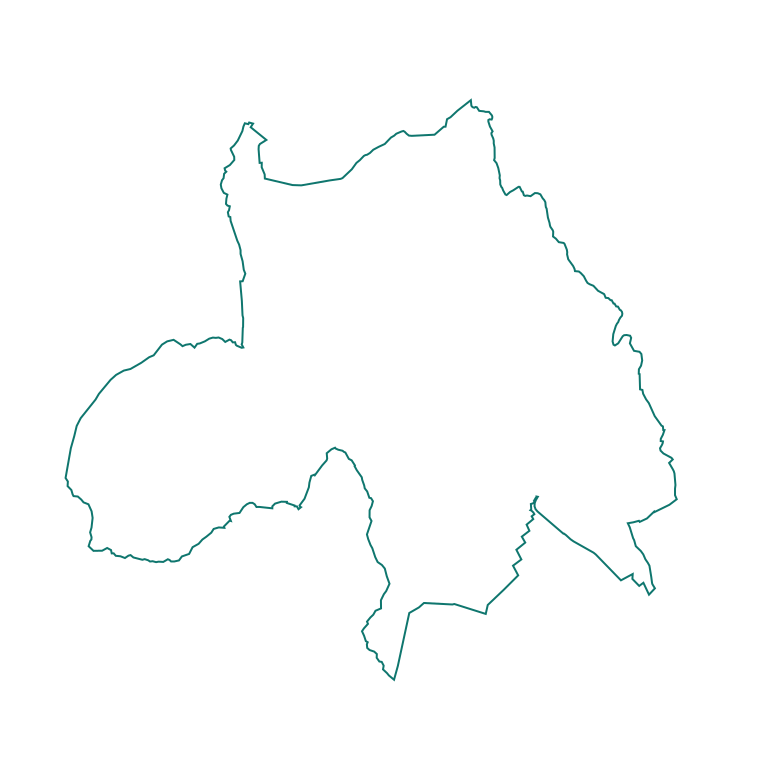 Chocamán, Veracruz, Mexico (Equal Earth projection), rotated 7°
{"feature_id": "50627088B3322370739552", "entity_name": "Chocamán", "entity_type": "district", "adm_level": 2, "iso_a3": "MEX", "parent_name": "Mexico", "parent_adm1": "Veracruz", "projection": "equal_earth", "projection_center": [-97.034, 19.0], "detail": "fine", "context": "isolated", "style": "outline", "palette": "teal", "viewbox_px": 768, "rotation_deg": 7, "n_neighbors": 0, "source": "geoboundaries", "source_scale": "gbopen_adm2", "svg_char_len": 6144}
<svg xmlns="http://www.w3.org/2000/svg" viewBox="0 0 768 768"><g transform="rotate(7 384 384)"><path d="M430.0,676.3L432.1,662.2L437.0,608.2L445.9,601.5L450.3,596.5L478.8,594.5L480.6,593.8L513.0,599.8L513.9,590.7L527.9,573.7L540.5,557.6L534.2,548.6L541.7,541.4L535.6,532.4L543.5,524.2L539.4,518.7L546.2,512.0L542.7,506.2L548.6,499.9L546.7,497.3L549.1,494.9L547.9,493.3L545.8,491.7L544.7,491.4L545.4,490.4L544.4,485.2L546.4,484.3L548.1,482.5L547.1,481.7L548.6,478.2L549.2,477.7L549.1,477.1L550.4,477.2L548.8,480.9L548.1,483.9L548.3,487.0L549.7,489.8L551.9,491.8L580.3,510.7L580.7,510.5L582.9,511.7L588.1,515.4L591.3,517.1L612.6,525.9L615.0,527.4L643.1,550.0L654.0,542.3L654.3,547.2L661.9,553.3L665.7,549.7L672.7,560.8L677.8,553.8L674.8,550.0L674.3,548.8L672.8,543.0L669.6,532.0L667.7,529.4L664.8,526.1L662.1,521.5L659.2,518.4L653.7,514.3L651.3,508.5L650.0,506.6L645.4,496.3L643.0,492.5L648.3,490.9L653.7,488.7L654.6,489.7L661.4,485.4L667.7,477.7L668.0,478.2L682.0,469.1L688.6,462.7L686.4,458.9L685.6,452.4L685.6,448.8L683.2,437.4L682.3,435.3L681.1,433.5L676.6,427.6L679.8,423.7L678.4,422.3L669.8,418.9L666.6,416.4L665.8,414.1L667.3,410.6L667.8,408.9L667.9,407.0L665.6,406.9L665.4,404.7L667.0,400.4L668.0,395.6L666.8,395.7L666.0,392.1L664.5,391.5L656.6,382.9L649.2,370.7L646.0,367.3L642.4,362.1L641.2,358.4L638.8,358.1L636.5,343.0L635.6,342.8L635.2,338.3L636.9,334.5L637.4,329.2L635.8,322.9L633.7,320.9L628.1,320.6L623.1,313.7L623.7,308.1L622.4,306.1L618.8,305.8L616.4,306.3L615.1,307.5L611.5,315.1L608.5,317.6L607.0,317.0L605.7,313.9L605.5,306.6L607.0,298.2L607.9,295.7L608.9,294.1L609.4,291.9L610.5,289.3L611.9,287.2L612.0,285.2L611.4,283.4L610.1,282.0L609.0,281.6L606.8,278.7L605.0,278.7L603.0,276.1L602.0,276.2L599.8,273.1L598.6,273.2L596.2,271.4L593.5,271.4L591.6,268.0L585.1,265.4L579.9,261.0L575.9,259.9L573.7,258.9L571.9,256.7L569.2,252.7L565.8,249.9L563.7,248.6L559.8,248.7L559.1,246.6L557.4,243.9L551.7,237.8L549.9,233.0L549.8,230.8L549.1,228.4L546.1,222.9L545.1,222.1L540.2,221.9L536.9,218.8L533.8,217.0L533.4,212.2L532.8,210.9L530.0,207.7L529.4,206.4L528.6,203.8L526.4,198.8L524.0,190.0L523.2,189.0L522.7,187.3L522.0,183.9L520.6,181.9L518.9,180.4L516.1,176.7L513.3,175.9L510.5,176.1L506.6,179.7L503.0,179.5L501.2,180.1L499.8,179.6L498.3,176.2L497.4,176.1L494.6,171.8L493.5,171.9L488.8,175.9L485.7,178.1L482.7,181.5L481.4,181.1L478.7,177.4L477.3,174.8L476.6,174.3L475.1,171.8L474.5,167.8L473.6,165.6L473.5,162.8L471.1,155.7L468.8,151.1L466.0,148.4L466.3,146.2L464.9,135.7L463.6,131.9L463.3,129.2L462.5,127.0L460.4,123.5L460.0,121.9L461.0,120.0L457.8,115.6L455.6,110.8L455.4,109.3L456.5,108.4L458.6,108.4L459.0,107.1L459.0,105.7L458.4,104.3L455.0,101.1L451.5,101.5L449.8,101.2L445.2,101.3L442.4,98.0L441.0,97.9L440.0,98.8L438.7,98.6L437.6,98.0L436.8,97.1L435.6,91.7L423.6,103.8L417.5,111.1L414.3,113.5L413.7,121.1L411.9,121.4L403.8,130.4L381.4,134.3L378.5,134.4L376.0,132.9L373.8,131.1L372.4,130.5L370.5,131.3L365.7,134.1L363.8,136.3L360.9,138.5L355.5,145.7L349.9,149.2L344.8,152.8L341.9,156.4L339.3,158.5L337.6,159.1L336.2,160.1L332.7,164.8L329.7,167.9L325.9,174.8L317.7,184.7L315.9,185.7L305.5,188.5L277.8,196.9L268.9,197.7L240.7,194.6L240.0,190.5L236.2,183.8L235.7,179.3L233.6,179.7L230.9,166.2L230.7,162.9L231.6,160.9L237.5,156.1L220.4,145.4L222.3,141.5L218.3,140.9L217.7,142.6L214.1,142.2L213.1,145.6L212.6,150.2L209.2,160.2L206.1,165.5L203.1,168.9L203.5,170.3L207.6,176.7L208.1,179.9L204.3,185.5L199.5,189.3L200.3,191.5L201.6,192.5L199.7,194.8L199.7,199.3L198.4,201.5L197.7,206.0L198.8,209.6L201.7,213.8L205.5,215.1L205.0,219.2L205.2,224.5L206.9,226.0L209.3,226.4L209.0,230.4L208.1,232.5L209.4,236.6L211.1,237.0L211.9,240.8L220.9,259.6L223.2,263.3L225.3,268.6L225.8,272.4L228.7,279.4L230.9,287.7L232.9,291.4L231.2,299.2L228.7,299.7L232.8,318.9L235.2,333.1L236.2,335.7L237.2,344.7L237.0,345.4L238.3,360.2L237.9,362.0L239.9,364.9L238.3,365.4L233.2,363.9L232.2,363.2L231.1,360.7L228.8,361.1L226.9,359.2L225.2,358.8L221.3,361.6L218.0,359.1L214.2,358.0L211.5,358.7L208.5,358.8L205.0,360.3L201.0,363.5L196.2,366.2L193.7,366.9L191.5,371.0L187.0,367.9L182.5,369.2L179.4,371.0L177.2,369.5L169.8,365.8L163.6,368.1L158.8,372.0L151.9,383.6L147.7,386.0L140.4,392.6L130.5,400.0L124.1,402.4L117.0,407.6L112.1,413.2L102.2,428.6L99.6,434.6L87.1,454.9L84.1,463.1L82.9,473.6L81.0,485.9L79.4,516.1L82.1,519.3L82.4,523.9L86.6,527.3L88.4,531.5L89.5,533.1L93.8,533.0L97.6,535.6L100.2,538.1L105.3,539.4L109.3,546.0L111.1,552.4L111.2,562.1L110.4,567.1L112.4,571.7L112.5,574.0L111.6,575.5L110.6,581.0L116.0,585.0L124.6,583.8L129.2,580.5L133.3,582.1L134.4,585.3L136.3,585.0L138.7,587.2L143.4,587.1L148.1,588.3L151.3,585.5L153.3,584.7L156.4,586.7L165.6,587.9L167.8,587.0L171.4,587.7L173.4,588.7L176.0,588.1L179.5,588.6L181.9,587.8L186.6,587.5L190.8,584.3L192.6,584.8L194.3,586.1L197.5,585.7L202.0,584.1L204.4,579.8L211.3,576.4L213.9,569.3L219.5,565.2L222.7,560.5L226.3,557.2L230.7,552.6L232.6,548.6L237.5,546.5L243.1,546.2L242.5,544.9L247.5,538.4L248.7,538.6L246.7,534.7L248.0,532.5L250.7,531.0L256.3,529.6L259.4,523.4L262.5,520.1L265.3,518.3L268.0,518.0L270.3,519.1L272.4,521.6L275.4,521.2L288.3,521.0L288.1,519.0L290.4,516.0L296.5,513.3L302.0,512.8L302.0,513.9L310.1,515.5L310.2,516.3L312.5,516.1L314.4,518.7L316.6,516.4L315.8,516.1L315.0,514.8L319.1,507.6L322.0,495.7L322.0,490.9L323.0,484.1L326.3,482.3L326.6,482.8L332.5,472.4L336.3,466.9L336.7,465.0L335.6,459.7L339.8,455.2L343.2,453.2L344.0,454.0L346.6,454.8L351.0,455.3L352.4,456.2L354.0,456.7L358.2,462.6L361.2,463.7L365.1,468.4L364.8,469.1L367.5,472.9L373.3,479.3L374.1,481.9L376.7,487.1L377.6,489.9L380.4,492.7L383.3,498.7L385.1,498.9L387.3,501.7L386.6,506.6L385.1,511.0L385.9,518.1L388.3,521.5L385.4,535.4L387.2,539.8L390.2,545.4L392.4,548.4L396.4,556.9L399.4,561.5L404.0,563.9L407.3,567.1L410.2,574.5L413.8,581.6L411.4,589.3L409.5,592.6L407.3,599.0L408.4,607.1L403.2,610.1L401.5,614.3L399.0,617.3L396.1,621.9L397.3,624.0L393.8,629.1L392.3,632.1L394.9,636.3L397.3,641.4L399.3,642.3L398.7,644.4L399.5,648.0L402.1,649.8L406.9,650.8L409.8,652.9L410.1,656.6L413.2,660.0L415.6,660.1L418.0,663.6L417.8,667.4L422.2,670.6L424.4,672.7L430.0,676.3Z" fill="none" stroke="#0f766e" stroke-width="2"/></g></svg>